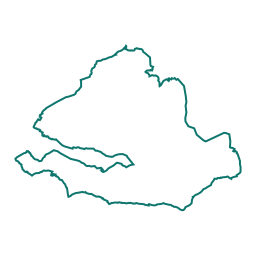 outline of Pietroasa, Bihor, Romania
{"feature_id": "2599482B17260898829411", "entity_name": "Pietroasa", "entity_type": "district", "adm_level": 2, "iso_a3": "ROU", "parent_name": "Romania", "parent_adm1": "Bihor", "projection": "robinson", "projection_center": [22.598, 46.593], "detail": "fine", "context": "isolated", "style": "outline", "palette": "teal", "viewbox_px": 256, "rotation_deg": 0, "n_neighbors": 0, "source": "geoboundaries", "source_scale": "gbopen_adm2", "svg_char_len": 5769}
<svg xmlns="http://www.w3.org/2000/svg" viewBox="0 0 256 256"><path d="M170.8,204.9L171.9,205.7L172.8,206.0L174.0,206.8L175.2,206.8L176.6,207.2L178.0,207.8L180.2,209.5L182.2,210.2L183.3,210.1L184.5,209.1L185.5,207.1L188.7,205.6L189.9,204.9L191.6,203.2L192.0,199.9L192.5,198.5L193.3,197.2L193.0,196.8L193.7,196.6L194.3,195.9L195.9,194.7L197.0,194.5L199.9,192.8L201.5,191.6L203.6,189.0L205.5,188.4L207.0,187.3L210.9,185.1L211.8,182.7L213.7,180.4L214.5,178.7L216.7,178.9L217.3,178.2L218.0,177.9L219.8,178.2L220.8,177.5L221.4,177.9L222.7,177.3L226.2,177.0L227.4,176.5L228.2,176.8L229.0,177.6L231.3,178.9L231.7,177.8L234.3,176.8L236.9,176.3L236.7,175.1L239.6,173.2L240.5,172.0L240.6,167.3L239.9,163.9L240.0,161.1L237.7,154.2L236.6,153.1L236.6,152.8L236.9,152.4L236.7,152.0L235.2,150.9L234.4,150.9L234.0,151.5L233.2,151.1L233.4,150.6L234.4,149.9L234.6,149.0L232.5,147.9L231.0,147.8L230.0,147.3L230.3,141.1L229.3,134.3L226.3,133.2L224.1,132.8L205.8,141.4L203.7,140.5L196.7,134.7L194.2,128.3L188.4,126.3L185.5,121.5L185.3,118.1L186.4,112.5L185.6,105.7L186.4,102.1L185.8,96.3L184.0,86.0L177.8,79.0L176.3,79.8L174.7,78.1L174.4,78.4L173.7,78.6L172.6,78.6L172.1,78.4L171.7,78.9L171.5,78.4L170.7,79.0L169.8,79.3L169.4,79.9L169.3,78.7L169.1,78.4L168.6,78.4L168.4,78.8L168.8,80.5L168.6,80.7L168.2,80.6L167.1,79.4L166.3,79.3L163.4,81.0L160.8,85.3L159.6,86.1L159.4,84.9L159.6,83.7L159.5,82.5L158.2,80.4L158.7,79.0L158.4,77.9L157.8,76.7L155.7,75.4L154.1,75.7L152.1,75.1L149.5,76.3L149.5,75.3L147.9,73.1L146.3,72.6L145.5,71.9L146.8,70.6L148.6,70.4L150.2,70.5L150.4,70.0L152.0,70.5L152.6,69.2L152.3,68.6L153.1,66.9L150.8,66.0L150.4,64.9L150.0,57.4L144.7,52.9L143.4,52.1L142.4,49.8L141.5,49.2L140.2,48.9L139.4,49.1L138.7,48.7L137.2,48.6L136.8,48.2L134.9,48.9L134.5,50.1L134.1,50.5L131.9,50.6L131.1,50.2L130.3,50.6L128.1,50.3L126.8,49.5L125.7,49.1L126.3,46.6L126.2,46.0L126.0,45.8L125.1,47.4L124.3,47.8L123.7,48.8L121.9,50.2L120.0,51.1L118.7,51.4L117.9,51.8L115.1,54.4L115.7,54.8L114.2,55.3L111.7,56.8L109.5,57.3L108.1,57.8L107.4,58.3L104.3,59.3L103.2,59.3L100.6,60.8L99.1,60.8L96.8,61.3L96.2,63.8L95.6,64.2L95.0,64.9L94.7,66.7L94.0,67.5L92.4,68.4L92.1,68.8L91.9,69.4L91.4,70.5L91.3,71.5L91.7,72.8L91.5,73.6L91.3,74.1L90.5,74.4L89.6,76.9L80.7,80.0L81.1,82.1L81.1,86.8L79.1,89.2L78.9,89.7L76.5,91.5L75.8,92.6L75.6,93.6L74.2,94.7L68.7,96.6L65.9,97.2L56.7,102.0L46.2,108.1L45.8,108.8L43.3,110.7L42.1,112.5L42.5,113.5L41.8,113.8L41.6,114.2L40.4,114.6L39.9,115.3L40.4,115.9L39.8,116.8L41.4,117.7L40.5,119.4L39.9,120.1L38.9,119.4L38.6,119.8L38.0,119.5L36.6,121.6L36.5,122.0L35.4,122.8L35.4,123.5L34.7,124.6L33.6,127.0L34.0,127.6L35.5,128.4L36.6,128.4L36.9,128.6L37.0,129.0L39.4,129.6L39.4,129.9L40.0,130.1L39.7,130.8L39.8,131.2L40.6,131.3L42.6,132.5L42.1,133.2L42.4,133.8L42.4,134.2L42.6,134.3L42.4,135.5L43.2,136.1L43.6,135.6L44.3,135.3L45.1,136.4L46.1,136.3L46.6,136.7L47.5,136.2L47.8,136.3L48.4,136.9L48.5,137.6L49.1,138.2L50.5,138.6L51.0,139.1L51.6,139.3L51.9,139.3L52.3,138.9L53.9,139.5L55.5,139.7L56.0,139.4L62.0,145.1L64.6,146.4L72.2,148.6L72.7,148.6L72.8,147.8L73.3,147.3L76.1,147.9L77.7,147.2L78.9,147.4L79.9,148.1L83.7,148.8L84.3,149.1L85.8,148.2L87.8,148.6L93.4,148.6L93.7,148.8L95.4,150.6L97.4,150.8L101.1,152.1L102.3,153.3L105.0,154.9L105.7,155.7L110.2,156.7L111.1,156.6L111.6,156.9L112.8,156.7L114.7,155.5L117.7,154.5L120.3,154.1L122.9,154.1L126.8,155.8L127.1,156.7L133.4,164.5L130.0,165.2L126.3,167.3L125.1,166.3L122.8,165.5L122.0,164.9L121.9,164.2L121.5,163.9L120.0,163.4L119.4,163.4L118.3,162.9L116.7,162.8L113.6,165.5L108.5,168.3L106.6,170.4L104.0,171.8L103.1,172.0L102.1,171.4L102.9,170.6L102.8,169.9L101.6,170.2L101.2,170.0L102.3,169.3L101.3,167.9L99.9,167.9L97.1,168.4L95.4,166.9L94.6,166.0L91.2,166.5L89.1,165.9L87.1,166.0L85.9,165.6L84.3,163.9L82.8,163.0L81.8,162.8L79.5,161.1L76.7,160.3L70.7,158.9L60.1,153.1L57.8,151.4L53.8,150.2L49.1,153.2L45.9,154.6L44.7,156.0L44.8,156.7L43.4,157.6L43.0,158.1L42.0,160.0L41.3,160.9L39.2,161.2L37.8,159.9L34.8,159.2L33.0,157.4L32.7,156.7L31.3,155.7L31.4,155.3L30.6,154.3L30.4,153.7L29.9,153.3L30.1,153.1L29.1,152.3L29.0,151.9L28.4,151.8L28.0,151.2L27.7,151.4L27.6,151.2L26.9,151.1L25.8,152.8L24.0,153.2L20.6,155.1L16.9,157.3L15.4,158.8L16.1,160.6L18.3,161.5L18.7,162.3L19.3,162.6L19.4,163.4L20.6,163.9L21.6,164.8L21.4,165.2L21.4,166.0L22.4,168.1L22.4,169.1L23.5,170.1L23.9,170.7L24.9,171.6L25.9,172.1L26.5,172.1L26.9,171.6L27.6,172.0L28.1,173.1L29.8,174.0L32.0,175.6L33.8,174.2L35.4,173.4L36.3,173.1L38.1,173.1L39.4,172.9L40.4,172.0L41.6,172.1L42.4,171.3L43.8,170.5L45.8,170.8L48.5,170.5L52.3,171.6L51.9,172.1L51.1,175.3L51.3,175.5L52.1,175.4L52.4,174.9L52.3,174.6L53.4,173.9L53.6,174.0L53.1,174.7L53.4,175.0L53.3,175.4L54.4,175.0L54.7,174.6L55.6,174.5L55.5,175.4L55.8,176.0L56.3,176.0L56.5,176.5L57.6,176.7L58.7,177.8L58.8,178.5L59.9,179.4L60.1,179.8L61.9,180.0L63.9,183.1L65.0,184.1L66.3,187.5L66.7,187.9L67.0,188.0L68.0,195.1L68.5,196.8L70.4,196.1L70.8,195.5L71.4,195.3L72.1,194.5L75.9,193.0L79.3,192.6L79.9,192.3L80.6,192.3L82.2,191.9L83.0,192.2L84.9,192.4L85.5,192.1L86.3,193.0L87.5,193.4L89.8,194.0L91.3,193.9L92.4,194.4L92.7,194.8L96.2,196.6L97.1,196.5L97.9,196.7L98.3,196.4L100.8,197.2L101.9,198.0L102.5,198.0L102.5,198.7L103.5,199.0L103.7,199.5L107.2,200.9L107.6,201.3L107.4,202.1L108.3,202.7L108.9,203.9L109.4,204.0L110.8,203.5L111.6,202.9L112.5,203.0L114.7,202.5L117.6,202.6L117.8,202.8L118.7,202.4L119.6,202.3L120.6,202.8L121.5,202.6L122.3,203.1L123.0,202.9L124.9,203.0L126.5,203.4L128.4,202.9L129.6,203.1L130.6,202.8L133.0,203.6L133.7,203.4L134.0,203.6L135.5,203.5L136.2,203.0L138.3,203.7L144.0,204.2L144.7,204.7L148.6,205.5L148.5,204.7L148.7,204.2L149.6,204.2L151.8,205.1L154.8,205.4L156.3,205.0L157.1,204.4L161.4,203.9L163.6,203.1L164.5,203.7L168.8,204.7L170.8,204.9Z" fill="none" stroke="#0f766e" stroke-width="2"/></svg>